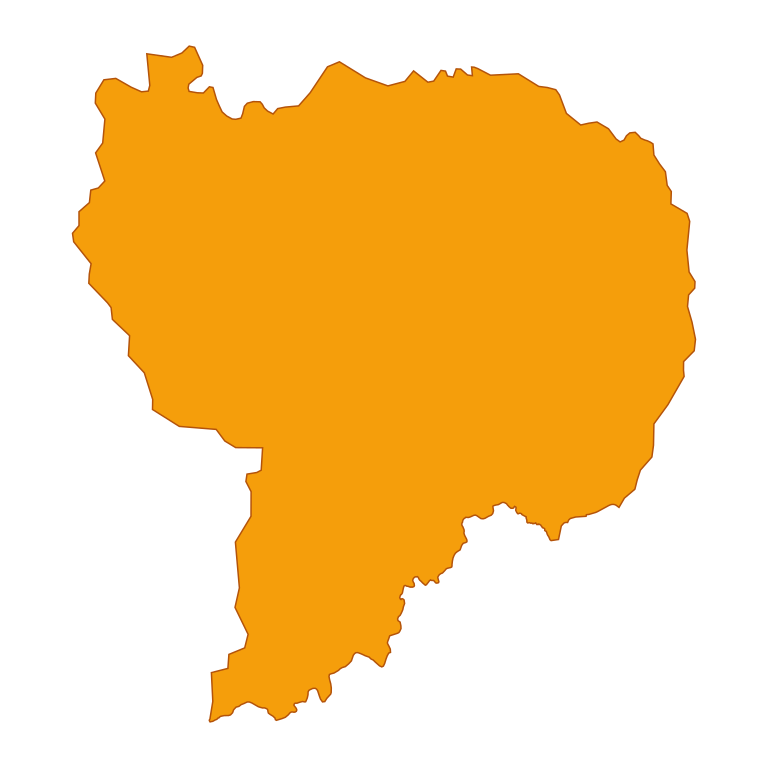 outline of Piedras Coloradas, Paysandú, Uruguay
{"feature_id": "84410073B64308105297913", "entity_name": "Piedras Coloradas", "entity_type": "district", "adm_level": 2, "iso_a3": "URY", "parent_name": "Uruguay", "parent_adm1": "Paysandú", "projection": "equal_earth", "projection_center": [-57.507, -32.344], "detail": "fine", "context": "isolated", "style": "filled", "palette": "amber", "viewbox_px": 768, "rotation_deg": 0, "n_neighbors": 0, "source": "geoboundaries", "source_scale": "gbopen_adm2", "svg_char_len": 6057}
<svg xmlns="http://www.w3.org/2000/svg" viewBox="0 0 768 768"><path d="M608.5,128.8L597.0,122.0L588.8,123.2L580.7,125.0L566.4,113.4L559.5,95.0L555.8,89.7L547.3,87.5L538.7,86.4L518.4,73.8L490.5,75.2L477.8,68.6L474.2,67.2L471.6,67.0L472.4,75.7L467.5,75.0L460.7,69.1L456.2,68.9L453.2,77.1L447.5,76.1L445.5,71.1L441.0,70.4L433.7,81.1L427.9,82.2L413.6,70.9L404.9,81.4L387.9,85.9L365.5,77.9L339.4,61.8L327.5,66.8L310.2,92.7L298.6,105.9L285.3,107.1L277.7,108.6L273.1,114.0L267.6,111.1L264.2,107.9L262.3,104.3L260.1,101.8L253.3,101.6L247.3,103.2L244.4,106.4L242.7,113.7L241.0,118.1L235.8,119.3L232.2,119.0L226.7,116.0L222.1,111.9L219.1,105.5L216.5,99.5L213.0,87.5L209.4,86.8L203.4,93.0L197.4,92.8L189.1,91.4L188.1,88.0L188.8,84.2L196.9,77.4L201.2,75.9L202.4,73.3L202.7,65.3L194.6,47.3L189.2,46.1L181.9,53.0L171.6,57.3L146.8,53.8L149.8,85.4L148.3,91.1L141.5,91.8L131.2,87.2L115.8,78.4L103.9,79.8L95.8,93.1L95.3,103.1L104.9,119.1L102.7,143.0L95.6,152.9L104.8,181.0L98.3,188.0L90.8,190.1L89.4,202.6L79.0,211.7L79.0,225.6L72.5,233.3L73.7,241.8L91.1,263.7L89.3,274.0L88.8,283.3L107.5,302.8L111.1,307.6L112.4,319.4L129.6,335.7L128.4,355.7L144.3,372.8L152.7,399.4L152.5,409.5L179.3,426.4L216.2,429.4L224.8,441.0L235.7,447.6L262.6,447.8L261.2,470.2L256.8,472.5L247.0,474.1L245.9,481.5L251.1,491.6L251.0,516.3L235.4,542.1L239.4,587.9L235.0,607.4L248.1,634.3L244.7,647.9L228.9,654.4L227.9,668.4L211.4,672.6L212.8,701.4L210.1,717.9L210.1,718.7L209.5,719.6L209.3,720.6L210.1,721.9L210.8,721.7L212.8,721.3L215.3,719.9L216.7,719.4L217.6,718.6L218.1,718.0L219.0,717.8L219.6,717.0L220.8,716.3L224.1,715.6L228.6,715.5L230.5,714.9L232.6,712.7L233.6,709.8L236.1,707.1L238.9,706.4L241.2,704.6L243.8,703.6L247.2,702.0L249.4,702.0L251.9,703.0L258.3,706.7L260.8,707.5L262.9,708.0L264.1,707.8L265.4,708.2L266.8,708.8L267.6,709.6L267.8,710.3L268.0,711.8L268.4,713.1L270.4,714.6L272.9,716.1L275.0,718.1L275.4,719.7L276.4,720.3L282.0,718.6L285.3,717.3L288.1,715.0L290.2,712.6L291.4,712.0L292.6,712.0L293.9,712.2L295.0,712.1L296.3,711.3L296.7,710.4L296.7,709.4L295.8,707.7L294.0,705.5L294.0,704.6L294.3,703.9L295.1,703.2L297.0,703.2L299.9,702.2L302.6,701.5L304.5,701.9L305.6,701.8L306.0,701.1L307.3,697.9L308.0,694.7L308.1,691.9L308.9,690.4L309.8,689.8L312.8,688.4L315.2,688.3L316.5,689.1L317.6,690.6L319.4,696.1L320.5,699.1L322.5,701.9L324.8,701.6L326.8,698.4L330.7,694.1L331.2,692.4L331.3,687.9L330.7,683.7L329.7,680.1L329.0,676.6L329.4,674.5L330.7,673.9L334.1,673.0L338.6,670.3L340.1,668.8L342.1,667.6L345.4,666.6L348.7,663.8L351.4,660.9L353.3,655.3L354.5,653.7L355.8,652.7L357.9,652.6L361.3,653.9L363.5,654.9L365.1,655.7L369.1,657.1L370.9,658.9L373.3,660.1L375.1,661.9L379.6,665.9L381.8,666.9L383.4,666.1L384.7,663.4L386.0,659.1L387.2,655.9L388.7,653.1L390.5,652.4L390.3,649.1L388.9,646.1L387.7,643.9L387.4,642.8L387.8,641.1L388.5,639.4L389.7,635.8L397.7,633.2L398.9,632.5L399.7,631.4L401.0,628.6L400.9,625.9L400.1,622.1L398.0,620.6L397.6,618.9L398.4,616.8L400.2,615.2L401.5,612.7L402.8,609.7L403.4,606.8L404.6,603.5L404.1,600.0L403.2,599.1L402.1,598.7L401.5,598.9L401.2,599.5L400.6,599.4L399.7,597.7L400.1,596.2L400.7,594.7L401.4,594.5L402.4,592.9L403.4,588.0L404.0,586.1L404.6,585.6L405.5,585.5L406.8,586.2L408.0,586.3L410.1,587.1L412.7,587.1L414.0,586.5L414.4,585.6L414.1,583.4L413.2,581.9L412.7,580.4L413.1,579.0L413.6,578.2L414.3,577.4L415.3,576.8L416.2,576.9L417.4,576.6L418.3,577.5L418.9,578.9L419.7,580.1L421.2,581.4L422.6,582.9L425.3,585.2L426.5,584.7L427.3,583.5L428.1,582.6L429.4,580.8L430.6,579.9L431.2,580.4L433.7,580.5L435.6,582.8L436.3,583.1L437.5,583.0L438.5,582.7L438.9,581.8L437.8,577.7L438.0,576.6L439.4,574.6L441.1,573.5L442.5,573.0L444.6,570.8L446.3,568.8L447.4,568.3L449.3,567.8L450.5,567.6L451.7,567.0L452.0,566.0L452.0,564.5L452.4,561.1L453.0,558.1L454.1,555.3L455.4,553.2L456.9,551.9L458.4,550.9L460.1,549.9L461.7,545.4L463.2,543.3L465.8,542.5L466.9,541.8L467.0,540.9L466.7,539.4L464.6,535.3L463.9,533.0L464.2,531.1L464.0,529.6L462.8,526.7L461.9,525.3L461.8,523.9L462.0,523.0L462.5,522.3L462.7,520.9L463.1,519.8L464.1,518.5L464.9,518.1L465.8,517.3L468.3,517.5L470.1,517.0L473.9,515.3L475.4,515.1L476.7,515.6L481.0,518.6L483.1,518.8L485.0,518.3L488.5,516.3L491.2,515.2L492.7,513.6L493.5,510.8L493.0,507.6L492.9,506.3L493.3,505.8L495.5,505.1L498.4,504.6L501.9,502.6L502.6,502.4L504.2,502.5L506.0,503.4L506.6,503.8L507.7,505.3L508.3,505.8L508.7,506.4L510.8,508.2L512.1,508.3L513.3,508.1L513.7,507.9L514.2,506.8L514.6,506.4L515.9,507.1L516.1,508.0L515.8,509.5L515.7,510.1L515.9,510.7L516.6,512.2L517.2,512.9L517.3,513.3L517.7,513.7L518.2,513.8L519.5,513.2L520.5,513.3L521.6,513.8L521.7,514.3L522.1,514.7L525.1,516.3L525.4,516.6L526.0,516.6L526.2,517.0L526.2,518.3L526.8,520.0L526.9,522.1L527.6,522.9L529.8,522.7L530.5,523.1L530.8,523.2L531.3,523.0L531.7,523.2L532.2,523.2L532.9,523.8L533.1,523.8L533.3,523.4L534.6,523.5L535.6,522.9L535.9,523.1L535.8,523.4L536.4,523.9L536.8,524.5L537.2,524.4L538.0,524.6L538.2,524.1L538.8,524.1L539.8,524.5L540.0,524.7L540.8,525.1L541.1,525.8L541.6,526.3L541.9,526.9L542.4,527.3L542.4,527.6L542.6,527.8L543.6,528.0L544.6,528.7L544.7,529.0L544.7,529.3L544.8,529.5L544.7,530.3L545.0,530.7L545.3,531.0L546.2,531.3L546.4,531.7L547.3,534.4L547.8,535.4L548.3,536.1L548.8,536.9L550.0,539.7L551.1,540.6L558.5,539.5L561.3,526.0L561.7,525.5L563.8,523.2L564.6,522.7L566.2,522.4L567.6,522.5L568.5,520.4L568.7,520.0L570.3,518.5L575.7,517.0L586.0,516.3L586.2,516.1L586.4,514.7L589.0,514.4L595.5,512.5L597.4,511.7L608.8,505.5L610.7,504.7L612.1,504.4L613.5,504.4L615.0,504.7L616.2,505.3L619.0,507.4L624.4,498.1L634.9,489.2L637.2,479.9L640.4,470.1L651.9,457.0L653.5,445.2L653.9,423.9L667.9,404.7L684.1,376.5L683.5,370.2L683.6,361.6L694.2,350.8L695.5,339.3L692.0,322.1L687.5,306.5L688.6,294.9L694.7,288.2L695.0,281.6L689.1,272.0L686.9,250.1L689.7,221.4L687.1,213.4L670.9,203.9L671.3,191.5L667.2,185.4L665.4,171.7L659.5,163.9L653.9,155.0L653.0,143.9L650.4,142.2L647.4,140.8L644.7,140.0L640.8,138.3L638.7,135.7L635.2,132.3L629.8,132.9L626.5,135.7L624.0,140.1L620.1,141.9L616.1,139.0L608.5,128.8Z" fill="#f59e0b" stroke="#b45309" stroke-width="1.5"/></svg>